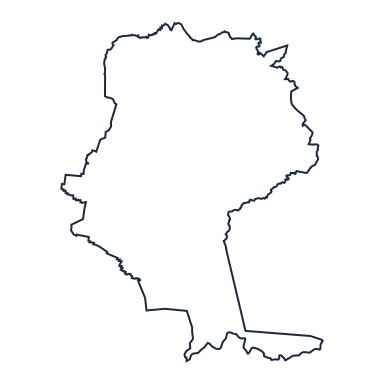 the district of Ayotlán, Jalisco, Mexico
{"feature_id": "50627088B2305212977001", "entity_name": "Ayotlán", "entity_type": "district", "adm_level": 2, "iso_a3": "MEX", "parent_name": "Mexico", "parent_adm1": "Jalisco", "projection": "robinson", "projection_center": [-102.328, 20.472], "detail": "fine", "context": "isolated", "style": "outline", "palette": "slate", "viewbox_px": 384, "rotation_deg": 0, "n_neighbors": 0, "source": "geoboundaries", "source_scale": "gbopen_adm2", "svg_char_len": 5890}
<svg xmlns="http://www.w3.org/2000/svg" viewBox="0 0 384 384"><path d="M107.7,49.8L106.8,53.2L105.6,55.2L105.5,56.1L106.2,57.1L105.8,58.0L104.8,58.9L104.1,63.5L105.1,68.4L105.0,73.2L104.4,73.8L105.1,75.6L105.0,96.1L107.6,97.6L109.7,97.7L112.8,99.0L114.9,103.3L116.4,104.3L110.9,122.1L111.1,126.4L108.8,130.3L105.7,132.0L105.2,137.6L100.3,139.7L96.2,151.8L95.1,151.1L92.4,150.3L91.5,150.3L92.1,150.4L92.1,150.8L91.6,152.5L88.5,154.6L88.4,155.1L87.5,155.0L86.6,158.0L86.8,158.3L85.8,159.5L86.5,161.8L86.4,162.3L88.1,163.1L87.9,163.7L86.1,163.4L83.9,169.8L83.4,174.0L81.3,173.8L81.0,176.2L65.7,174.8L64.3,184.3L61.9,184.0L61.4,189.0L63.6,189.3L63.3,191.7L63.5,191.1L64.4,190.7L65.7,190.8L65.6,193.1L67.7,193.3L67.5,194.4L69.0,194.5L71.4,195.6L73.1,195.3L73.5,199.0L75.7,198.6L75.8,200.2L78.0,199.8L78.1,200.4L80.4,200.0L80.5,202.2L81.3,202.0L82.1,202.9L85.9,202.1L84.4,209.1L83.0,219.1L71.4,224.7L71.5,227.4L71.0,230.3L73.7,234.5L76.3,235.8L76.7,234.6L88.8,237.0L88.4,240.7L90.1,241.3L89.6,242.3L93.9,242.8L93.3,244.3L95.6,244.8L99.0,246.3L104.5,250.0L107.4,252.0L106.8,253.4L117.6,258.0L116.9,259.4L119.9,259.6L119.1,261.1L121.6,261.3L119.4,265.2L119.3,265.9L121.8,266.2L121.0,267.6L122.5,268.1L120.8,269.8L123.8,271.5L124.1,271.0L125.8,272.0L125.0,273.6L126.6,274.7L128.2,273.8L130.7,274.2L130.5,275.1L132.3,276.4L131.8,278.0L134.8,278.8L136.0,278.1L139.2,278.8L140.1,280.1L139.9,280.4L138.0,280.1L138.7,282.4L145.1,297.9L146.5,310.5L164.9,308.8L186.8,310.9L192.3,328.0L192.0,330.0L193.0,339.0L189.8,343.3L190.3,348.3L186.2,351.2L184.5,354.4L185.1,357.1L186.5,357.6L186.2,358.3L186.8,359.3L186.5,361.0L188.4,360.2L189.9,359.1L190.8,355.8L192.0,354.2L193.6,353.5L197.6,353.1L198.5,352.6L200.8,350.0L204.2,347.4L207.8,342.9L209.6,343.8L212.0,346.4L216.0,348.7L218.1,349.1L219.6,348.9L220.5,348.2L221.0,347.3L222.7,342.2L225.9,338.3L227.1,333.4L228.0,332.6L229.7,332.2L232.9,333.5L236.2,334.2L239.0,337.4L240.6,338.4L242.4,338.5L244.1,338.1L245.2,338.6L245.3,339.6L243.8,344.8L243.5,347.2L243.9,348.1L246.4,351.0L247.5,353.5L248.1,353.6L249.2,352.6L251.8,347.9L253.1,347.6L255.0,348.0L258.1,349.0L260.2,350.4L261.1,350.6L263.7,353.0L264.0,354.6L263.9,355.7L264.2,356.1L266.1,357.2L270.2,358.2L270.9,358.7L271.1,359.7L271.7,360.0L275.1,359.3L278.3,359.6L279.2,358.3L279.3,355.5L280.3,355.3L281.3,355.5L282.3,356.4L284.7,359.0L285.1,360.2L285.5,360.3L293.0,355.7L299.2,355.3L300.9,353.3L302.7,352.3L305.1,352.1L309.3,352.7L310.7,352.0L313.8,349.6L315.3,349.0L317.0,348.9L319.3,349.6L320.0,349.5L320.4,348.4L320.6,344.4L322.6,340.9L321.9,340.6L321.7,339.7L310.3,336.0L245.5,330.9L226.8,252.0L225.7,245.9L223.8,241.3L223.8,240.9L224.5,240.8L225.3,239.5L226.5,238.6L226.9,237.6L227.0,235.9L225.7,234.3L227.2,232.0L228.9,230.8L229.8,228.9L229.7,225.8L228.7,225.2L228.3,223.4L229.1,222.1L229.3,219.9L230.1,219.4L229.7,217.6L228.0,214.9L228.6,212.1L229.3,211.6L231.9,211.5L234.4,209.8L238.4,210.4L239.0,209.5L240.1,209.0L240.1,208.2L241.2,207.4L241.4,205.6L242.2,205.0L242.7,203.9L243.7,203.1L247.4,202.5L248.8,201.9L249.1,202.2L249.5,201.8L249.5,200.4L250.4,199.7L251.2,199.7L252.1,200.4L254.2,200.7L255.2,199.0L257.1,198.5L258.9,198.1L260.9,198.9L263.8,198.0L264.5,198.6L265.4,198.3L265.3,197.8L266.0,197.0L267.0,197.3L267.0,196.6L268.2,194.4L271.2,192.4L271.5,191.3L270.8,190.4L270.9,189.8L273.8,187.6L273.9,187.2L275.6,186.9L276.9,185.8L277.6,184.4L278.6,183.7L280.0,183.4L280.3,183.7L282.6,182.2L284.1,182.9L284.6,182.7L285.4,181.3L285.3,179.6L285.6,179.3L287.8,179.7L288.3,179.4L288.6,179.0L288.4,178.1L287.4,177.7L287.1,176.8L286.4,176.1L286.5,175.4L288.6,175.4L290.1,174.9L290.7,172.9L291.8,173.2L292.4,172.8L293.0,173.2L293.9,172.8L294.7,173.9L295.4,173.9L295.5,172.6L296.0,172.3L296.5,171.1L306.3,173.0L307.4,172.5L310.0,168.4L312.5,165.8L314.7,165.3L318.2,159.0L317.5,156.4L316.7,155.9L316.9,153.8L316.6,152.0L318.0,149.6L317.7,147.2L318.4,145.5L317.6,144.6L315.6,144.3L312.7,144.6L308.7,144.2L310.5,140.0L309.9,138.7L311.8,135.4L312.5,133.4L312.5,132.3L305.5,125.2L304.3,124.8L302.8,125.7L302.6,124.1L305.7,120.1L304.4,117.8L304.3,116.7L303.5,115.4L297.6,110.7L295.6,108.7L292.6,105.3L291.5,103.3L290.9,97.3L291.3,91.4L297.7,87.9L295.4,86.0L294.8,85.0L294.4,81.8L294.0,81.4L292.6,80.9L290.5,81.7L288.7,80.3L288.2,79.0L285.1,79.1L287.3,75.2L287.6,73.0L285.8,70.6L283.1,69.5L282.7,67.8L281.8,66.8L280.6,67.5L279.8,66.4L276.9,67.8L276.1,67.2L271.2,65.9L274.0,64.0L275.9,61.1L276.7,61.0L278.6,61.5L279.5,61.3L280.3,60.8L280.6,59.1L281.6,57.9L283.8,57.0L284.1,54.7L285.8,52.8L285.9,50.9L287.2,45.5L266.3,52.2L265.9,53.4L263.7,56.3L260.6,53.3L259.7,53.4L258.7,54.6L257.6,54.1L257.8,52.8L258.6,52.2L258.0,51.8L257.5,50.0L256.6,49.1L256.2,47.4L256.9,46.7L259.0,46.6L259.5,46.3L259.6,45.6L258.5,43.7L258.5,43.0L258.7,42.6L260.2,42.9L260.9,42.7L260.5,40.8L260.2,40.5L260.4,38.9L259.4,38.4L257.1,39.2L255.7,39.3L255.4,38.6L255.9,37.6L255.8,36.6L254.2,35.2L253.3,33.6L252.0,34.8L250.1,38.4L249.3,38.7L237.1,38.3L231.8,39.0L231.5,38.1L230.0,37.1L229.9,36.1L228.9,34.5L229.0,33.3L227.1,32.2L225.7,32.2L224.6,31.4L224.2,32.0L222.0,32.5L219.9,34.1L218.5,34.3L214.8,37.2L203.4,40.1L200.5,41.5L198.8,41.6L194.2,40.1L192.6,40.2L191.6,38.6L190.0,37.4L189.6,36.3L187.6,34.4L183.9,29.5L181.3,24.4L178.6,23.1L177.7,23.0L175.9,24.1L174.6,23.2L171.4,30.3L170.4,29.8L170.1,28.5L167.8,25.1L165.2,23.8L165.1,24.2L163.5,25.5L162.0,25.5L162.0,28.1L161.5,28.1L161.0,27.4L160.4,27.4L160.3,30.1L160.0,30.2L159.2,29.3L158.5,29.3L156.1,33.4L155.4,33.6L155.4,33.0L154.7,32.9L153.8,34.5L152.5,34.2L151.9,35.0L150.4,35.3L148.9,34.6L148.5,35.1L148.4,37.4L146.9,38.0L146.2,36.9L144.3,37.4L142.4,37.2L142.2,37.6L140.7,37.6L140.0,38.0L139.3,37.2L138.2,37.0L138.3,35.5L136.7,35.9L135.2,35.3L133.7,35.3L131.8,34.7L131.4,35.3L130.3,35.7L129.0,35.3L127.7,35.8L122.0,36.1L120.6,36.9L119.2,37.0L117.5,38.4L116.8,40.0L112.7,42.5L112.4,43.7L113.6,45.1L111.0,49.0L110.1,49.6L107.7,49.8Z" fill="none" stroke="#1e293b" stroke-width="2"/></svg>